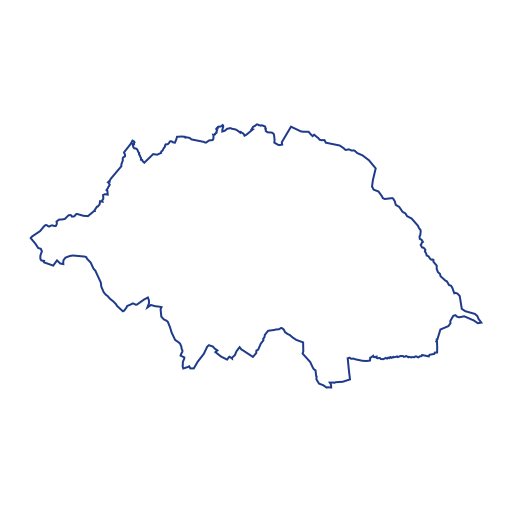 the district of Mioarele, Arges, Romania
{"feature_id": "2599482B82004798024884", "entity_name": "Mioarele", "entity_type": "district", "adm_level": 2, "iso_a3": "ROU", "parent_name": "Romania", "parent_adm1": "Arges", "projection": "orthographic", "projection_center": [25.1, 45.232], "detail": "fine", "context": "isolated", "style": "outline", "palette": "blue", "viewbox_px": 512, "rotation_deg": 0, "n_neighbors": 0, "source": "geoboundaries", "source_scale": "gbopen_adm2", "svg_char_len": 6065}
<svg xmlns="http://www.w3.org/2000/svg" viewBox="0 0 512 512"><path d="M369.9,360.6L370.1,360.1L370.2,357.7L371.6,357.1L373.1,355.8L373.6,356.8L374.2,357.2L376.6,356.6L376.6,357.9L377.7,358.3L379.7,357.9L380.8,359.0L383.2,359.2L385.8,357.9L387.0,358.6L387.5,358.4L388.2,357.6L389.4,358.2L389.7,358.0L390.1,357.2L390.6,357.0L391.7,357.9L393.1,356.9L393.4,357.3L396.0,356.9L397.0,356.4L397.8,357.1L400.6,356.0L403.0,356.1L403.7,356.8L405.4,356.5L406.2,356.0L408.3,357.2L408.5,356.9L408.9,356.8L411.1,357.4L411.9,357.1L414.4,357.2L415.2,356.5L416.2,356.4L418.3,357.4L419.9,356.3L421.5,356.1L422.1,355.0L428.8,356.4L429.5,354.8L434.3,353.9L434.8,352.6L437.1,352.5L437.2,347.7L437.0,341.5L436.3,341.4L436.7,340.3L436.7,339.4L437.4,339.3L440.4,329.5L448.4,326.1L450.5,323.3L450.3,321.0L453.3,315.8L455.4,315.2L457.1,316.7L459.3,317.3L464.2,316.3L473.7,320.4L477.8,323.2L481.3,322.6L478.6,319.0L477.3,316.0L474.9,313.9L465.3,311.2L461.8,308.9L459.7,296.0L457.5,293.6L455.5,292.9L454.3,293.3L452.2,287.6L451.1,285.8L448.8,284.9L448.1,283.3L446.7,281.2L445.5,280.7L440.6,276.3L439.9,273.8L437.9,272.1L436.7,268.8L436.7,265.6L433.4,261.7L433.4,259.8L432.7,259.5L431.3,259.7L430.0,258.6L428.6,256.4L426.7,255.5L426.2,253.6L424.9,251.4L425.4,250.0L424.6,248.8L423.5,247.7L422.0,247.4L420.7,244.9L421.6,243.7L421.9,242.5L422.9,241.9L421.6,239.8L419.8,238.9L419.5,236.5L420.3,234.9L420.7,231.4L420.4,229.7L419.2,228.5L417.9,225.7L411.6,218.5L407.1,216.2L405.4,213.4L402.5,211.8L399.2,206.9L395.8,204.9L394.8,201.4L393.3,198.8L392.3,198.1L384.7,199.0L382.8,198.1L381.9,196.2L378.5,191.5L373.8,189.7L373.1,188.8L372.7,187.6L372.0,186.7L372.9,180.1L375.7,168.4L369.0,160.3L362.4,155.3L357.3,153.1L354.6,150.7L353.5,150.4L351.8,150.6L348.8,149.3L346.9,149.8L345.5,149.9L343.4,148.0L339.7,145.5L325.8,142.7L324.5,140.1L321.5,140.2L319.8,139.8L319.4,139.5L318.5,138.3L314.1,134.7L312.6,136.1L311.1,134.7L308.6,131.8L302.8,131.7L300.7,131.3L291.0,126.7L281.8,142.2L282.2,144.6L279.4,145.1L277.9,144.7L274.3,142.6L274.6,140.0L274.1,135.6L273.7,133.9L271.9,132.6L267.6,132.3L265.8,131.1L265.8,128.7L265.3,128.6L265.5,128.0L265.0,126.4L263.5,126.0L263.0,125.6L261.9,125.3L260.6,125.7L259.7,125.2L259.0,125.3L258.2,124.7L256.8,124.4L254.8,126.0L253.2,126.7L251.6,129.3L252.7,129.5L246.4,134.7L244.5,135.7L243.7,134.0L242.7,133.2L240.4,131.8L240.2,131.9L240.1,132.5L237.6,130.6L235.4,129.4L231.6,128.7L230.5,128.1L227.1,128.8L224.7,130.8L222.3,131.5L222.3,130.2L222.6,128.7L223.2,127.1L223.2,126.1L223.1,125.4L222.5,125.1L221.7,126.0L220.8,126.5L218.3,126.7L217.9,126.9L217.7,128.2L216.8,128.1L216.2,129.0L217.1,130.2L216.3,132.1L216.6,132.7L214.9,133.9L215.0,134.4L213.8,134.9L213.2,134.8L213.5,135.6L213.4,138.7L212.8,139.9L212.4,140.1L209.2,140.4L206.0,142.6L205.0,142.5L203.5,141.8L191.4,139.4L189.6,137.9L186.4,137.3L185.8,137.6L185.1,137.4L185.2,137.0L185.0,136.8L181.7,136.5L177.0,136.8L176.3,139.4L174.9,142.7L172.8,142.3L172.3,141.7L170.8,141.2L170.0,141.4L169.1,142.8L168.0,144.0L167.2,144.3L165.6,144.4L165.1,145.3L164.9,146.8L163.8,148.1L162.5,150.6L161.4,151.4L161.0,152.4L161.1,152.9L157.1,154.7L153.2,154.1L144.3,162.7L142.7,161.2L142.2,160.0L140.9,159.7L141.1,158.7L140.9,157.7L140.4,157.2L139.8,155.2L139.1,154.6L139.0,153.5L139.2,153.0L138.4,152.2L137.2,149.4L135.7,148.4L134.3,148.4L133.5,147.5L132.8,145.4L132.7,144.2L132.8,144.0L133.9,144.5L134.1,144.3L134.0,143.2L134.2,142.3L134.4,142.2L133.7,141.2L132.5,140.6L130.6,144.0L124.0,152.4L124.9,154.4L125.1,156.0L125.0,156.3L123.2,157.4L122.8,158.1L122.7,160.8L121.4,164.3L121.3,166.3L110.9,178.6L109.7,180.6L109.7,181.1L109.4,180.9L108.0,182.3L108.5,182.6L109.7,184.7L109.1,186.0L108.3,187.0L107.9,188.1L106.5,190.1L107.4,190.9L107.7,194.6L105.0,194.2L103.1,195.0L103.3,198.8L102.2,200.4L102.5,201.7L100.1,201.2L99.5,204.6L97.6,206.7L96.9,206.7L94.7,210.1L94.8,211.0L94.1,211.0L88.0,216.1L83.4,215.8L76.9,213.9L76.2,214.1L74.4,216.2L73.5,216.5L71.9,216.6L71.2,215.4L70.7,215.1L69.1,215.1L68.2,215.6L64.9,218.9L62.7,219.4L59.1,219.6L57.1,221.1L56.5,221.7L56.8,222.6L56.8,223.9L55.8,226.0L54.8,226.1L52.4,225.4L51.6,225.4L49.1,226.5L48.5,226.4L46.6,225.1L45.5,225.1L44.2,226.1L40.1,231.1L31.9,236.6L30.7,238.1L35.3,243.6L38.2,248.0L40.8,248.8L41.9,251.3L40.6,254.8L40.3,256.7L40.4,258.9L41.4,260.5L44.0,260.9L43.7,261.7L44.1,262.4L53.2,265.6L57.0,260.4L60.2,263.5L63.3,264.1L63.2,261.9L63.6,260.0L65.5,257.6L69.8,256.0L72.9,255.5L84.8,256.6L86.3,257.2L87.0,258.7L90.7,262.6L93.5,268.7L95.3,270.6L100.8,282.5L101.3,286.7L103.8,292.4L105.9,294.8L107.8,296.2L109.8,298.6L113.4,301.5L116.2,304.4L116.9,305.8L122.9,311.3L124.1,310.7L126.6,307.4L126.9,306.3L127.2,306.0L131.6,304.1L132.3,303.5L133.3,303.5L135.8,304.7L136.9,304.6L144.1,299.5L147.9,297.5L148.9,300.3L149.0,303.2L147.4,307.5L150.9,305.0L155.2,306.2L159.4,306.7L161.5,307.1L160.6,309.3L161.3,316.6L163.8,319.4L166.5,320.7L167.8,321.8L170.0,327.2L171.6,332.5L175.1,339.9L178.6,342.3L180.1,343.7L181.4,346.8L181.6,348.8L182.4,350.4L182.4,351.7L181.1,354.0L180.6,355.6L184.3,357.4L184.3,358.5L182.9,361.8L182.7,366.7L183.3,368.5L188.1,366.9L189.2,366.3L190.3,368.4L193.8,368.4L197.7,361.7L203.8,353.9L207.2,346.7L208.9,345.2L212.8,346.5L214.8,348.7L217.4,350.4L215.4,352.1L221.1,356.6L227.1,359.6L229.1,356.9L229.5,356.7L232.0,358.5L231.9,357.8L234.6,355.4L235.3,354.5L235.6,353.2L236.6,351.1L239.6,347.2L241.5,349.6L242.7,350.2L252.9,356.9L256.2,353.1L256.4,350.5L258.0,349.8L258.3,349.4L260.8,343.6L263.4,340.3L263.2,338.8L264.4,337.3L264.9,334.8L268.1,330.8L274.6,329.9L275.8,329.5L278.9,329.3L281.1,328.0L281.9,328.1L283.8,329.6L284.8,331.7L285.4,332.6L285.9,332.7L287.7,334.1L289.6,334.9L292.7,337.5L296.3,339.9L303.1,342.4L303.3,351.3L302.6,353.6L310.2,362.0L313.0,368.0L314.0,369.4L315.5,370.3L316.2,376.2L316.6,376.5L316.4,379.3L319.0,383.6L323.2,385.2L326.7,387.6L327.7,387.3L331.2,387.5L331.1,385.5L330.7,383.9L329.8,382.6L333.0,382.5L334.3,382.8L335.8,382.2L342.6,381.8L350.0,379.4L349.0,371.4L347.7,358.3L349.7,357.7L350.6,358.5L351.7,358.8L353.6,358.6L355.3,359.3L362.5,360.8L366.3,361.0L369.9,360.6Z" fill="none" stroke="#1e3a8a" stroke-width="2"/></svg>